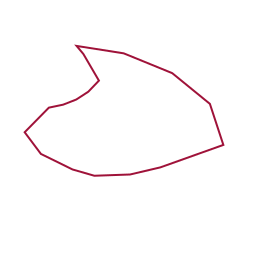 map outline of Saint-Pierre (Equal Earth projection), rotated 214°
{"feature_id": "SPM-4866", "entity_name": "Saint-Pierre", "entity_type": "Commune", "adm_level": 1, "iso_a3": "SPM", "parent_name": "Saint Pierre and Miquelon", "parent_adm1": "", "projection": "equal_earth", "projection_center": [-56.176, 46.782], "detail": "fine", "context": "isolated", "style": "outline", "palette": "rose", "viewbox_px": 256, "rotation_deg": 214, "n_neighbors": 0, "source": "natural_earth", "source_scale": "10m", "svg_char_len": 374}
<svg xmlns="http://www.w3.org/2000/svg" viewBox="0 0 256 256"><g transform="rotate(214 128 128)"><path d="M205.0,100.6L194.8,111.1L186.8,122.7L181.2,135.9L178.6,151.0L206.4,164.4L216.5,167.3L173.3,187.5L122.0,198.2L73.6,193.8L39.5,167.3L79.2,113.4L100.3,90.6L129.2,69.6L150.8,62.6L185.7,57.8L211.3,66.7L205.0,100.6Z" fill="none" stroke="#9f1239" stroke-width="2"/></g></svg>